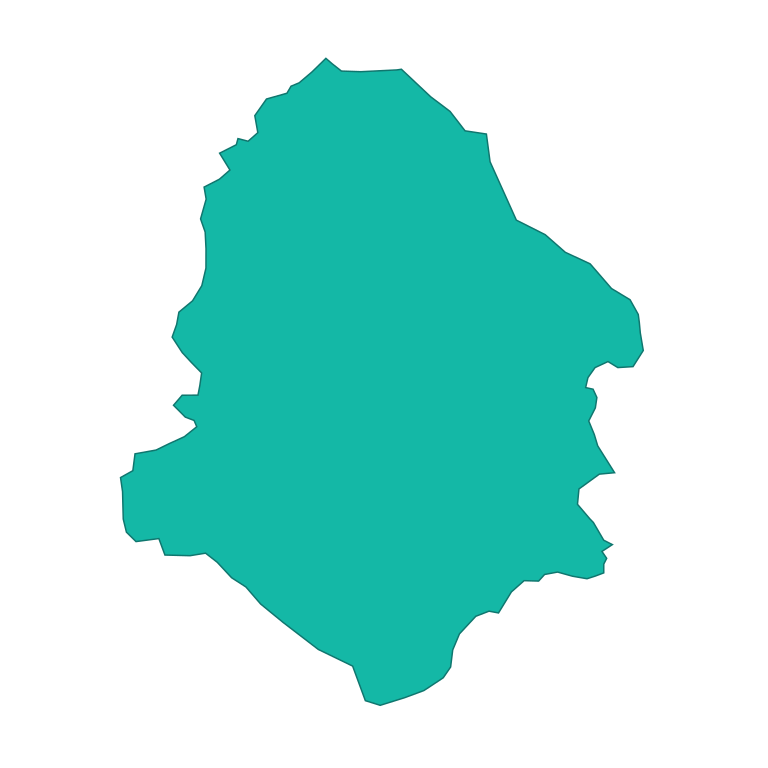 Agios Konstantinos, Limassol, Cyprus (orthographic projection), rotated 4°
{"feature_id": "46923920B82469008436506", "entity_name": "Agios Konstantinos", "entity_type": "district", "adm_level": 2, "iso_a3": "CYP", "parent_name": "Cyprus", "parent_adm1": "Limassol", "projection": "orthographic", "projection_center": [33.076, 34.873], "detail": "fine", "context": "isolated", "style": "filled", "palette": "teal", "viewbox_px": 768, "rotation_deg": 4, "n_neighbors": 0, "source": "geoboundaries", "source_scale": "gbopen_adm2", "svg_char_len": 1659}
<svg xmlns="http://www.w3.org/2000/svg" viewBox="0 0 768 768"><g transform="rotate(4 384 384)"><path d="M602.7,507.8L602.6,507.6L598.6,504.0L585.4,490.5L585.8,475.1L605.1,458.9L620.2,456.4L601.5,430.8L597.3,419.7L590.8,406.6L596.5,393.1L597.3,382.6L592.9,374.6L585.4,373.5L587.0,363.4L593.4,352.9L605.9,346.0L616.1,351.3L631.2,349.3L640.3,332.5L636.1,315.1L634.4,304.8L632.8,296.9L623.6,282.8L604.3,272.9L581.3,249.8L555.7,240.0L534.4,223.8L504.6,211.3L474.3,154.9L468.7,127.5L447.2,125.8L430.9,107.5L410.5,94.2L379.4,68.8L374.9,69.8L338.9,74.1L319.7,74.8L310.0,68.2L303.3,63.2L290.5,77.6L278.3,89.5L270.5,93.4L266.9,100.7L246.9,107.9L236.4,125.3L240.6,142.1L231.5,151.3L222.5,149.6L221.2,149.4L220.0,155.6L203.9,165.2L215.4,181.3L205.5,191.2L190.8,200.1L193.7,212.0L189.5,232.1L195.0,244.9L197.0,261.4L198.3,280.8L195.4,298.6L187.2,314.4L174.4,326.6L173.0,339.1L169.4,352.0L180.6,366.8L190.4,376.0L201.3,385.7L200.4,398.2L199.2,408.1L183.4,409.3L175.5,419.9L188.1,430.9L197.1,433.6L200.2,439.7L188.5,450.5L174.2,458.3L161.2,465.8L140.5,471.0L139.5,488.0L127.7,495.7L130.7,509.6L133.3,536.9L137.4,549.8L144.8,556.1L147.6,558.5L170.2,553.9L177.4,569.9L202.5,568.8L217.8,565.2L230.1,573.5L245.5,587.9L260.4,596.1L276.3,612.1L300.3,629.1L337.0,653.4L372.4,667.6L387.5,701.2L400.6,704.3L402.6,704.8L426.2,695.6L445.2,687.0L452.3,681.6L463.6,672.9L470.2,661.7L471.1,644.5L476.7,628.0L491.8,609.3L504.6,603.3L514.2,604.4L525.6,582.5L537.5,570.4L552.0,569.8L557.5,562.8L570.3,559.5L585.4,562.6L600.1,564.1L608.1,560.9L616.4,557.1L615.8,548.3L618.3,542.4L613.1,535.8L623.0,528.3L614.1,524.5L602.7,507.8Z" fill="#14b8a6" stroke="#0f766e" stroke-width="1.5"/></g></svg>